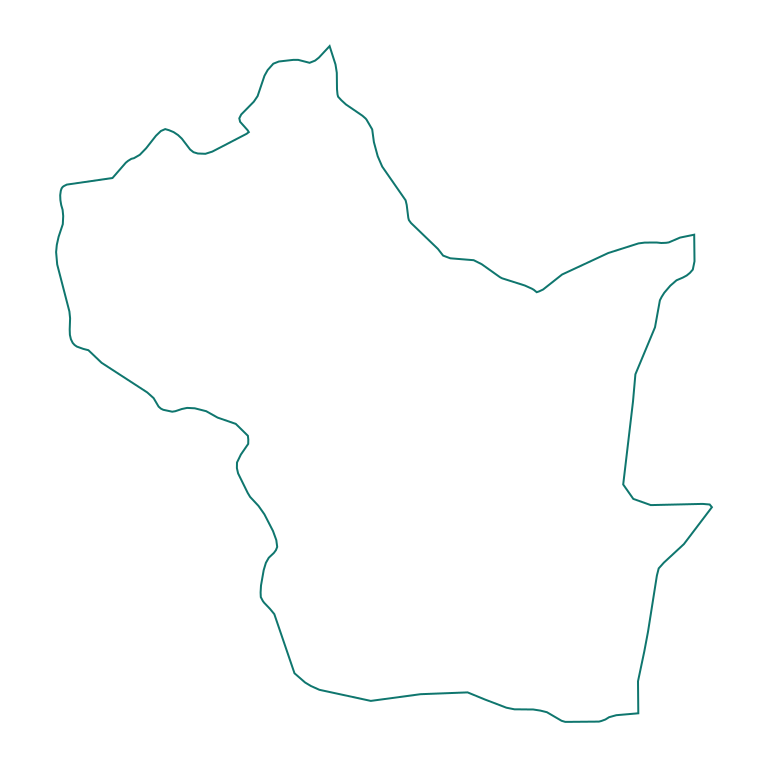 an SVG outline of Kâmpóng Spœ
{"feature_id": "KHM-1787", "entity_name": "Kâmpóng Spœ", "entity_type": "Province", "adm_level": 1, "iso_a3": "KHM", "parent_name": "Cambodia", "parent_adm1": "", "projection": "albers", "projection_center": [104.227, 11.598], "detail": "fine", "context": "isolated", "style": "outline", "palette": "teal", "viewbox_px": 768, "rotation_deg": 0, "n_neighbors": 0, "source": "natural_earth", "source_scale": "10m", "svg_char_len": 2390}
<svg xmlns="http://www.w3.org/2000/svg" viewBox="0 0 768 768"><path d="M172.2,411.7L163.3,409.8L161.0,408.7L158.6,406.6L153.6,398.1L147.2,392.4L101.6,362.8L88.4,350.2L83.3,348.9L76.9,346.6L74.6,345.0L72.7,342.9L70.9,339.2L69.9,334.9L69.7,329.5L70.1,318.3L69.4,311.5L57.2,264.5L56.1,252.1L56.8,244.9L58.6,236.8L62.8,224.2L63.2,216.0L62.6,209.8L61.2,205.0L60.4,200.1L60.2,195.2L60.8,190.8L61.6,188.4L62.7,186.9L64.0,186.0L66.8,184.6L112.5,178.0L125.8,162.7L128.0,160.9L131.4,158.8L133.9,158.2L139.8,154.8L146.1,148.3L156.0,135.7L160.9,131.0L165.2,129.1L169.0,130.2L173.6,132.1L178.1,135.1L181.8,138.6L190.1,149.5L193.5,152.2L197.8,153.5L205.4,153.8L212.3,151.6L246.6,133.8L248.8,132.1L247.6,130.2L240.1,121.8L239.3,118.3L241.2,114.5L253.8,101.7L257.6,96.1L264.5,75.7L267.7,70.0L273.3,63.7L278.9,61.5L293.0,59.9L298.3,59.9L309.6,62.8L315.1,60.6L318.9,57.6L329.6,46.1L335.5,64.5L336.8,72.8L337.0,89.2L337.5,94.4L338.1,96.7L341.2,100.1L346.0,104.5L362.4,115.7L365.6,118.5L366.5,119.6L372.2,129.4L373.9,142.1L377.7,156.2L382.2,166.6L405.6,200.3L406.7,204.9L408.3,217.8L408.9,220.1L411.0,223.0L437.9,248.9L443.1,255.6L450.3,258.3L473.7,260.2L481.7,264.2L500.0,277.2L502.1,278.3L524.8,285.5L531.9,288.7L533.8,289.8L536.7,292.2L539.1,291.4L543.1,289.5L562.1,274.5L608.3,253.0L638.5,243.4L644.7,242.6L656.5,242.5L661.3,243.0L666.1,242.8L668.8,242.4L680.0,237.6L694.2,234.7L694.5,261.3L692.8,269.6L689.9,272.9L686.7,275.5L682.8,277.6L676.5,280.3L670.3,285.7L664.3,292.7L661.7,296.8L659.9,300.3L655.0,327.3L635.4,374.3L633.0,401.5L623.2,484.5L633.3,498.9L650.8,505.1L702.6,503.9L709.7,504.5L711.9,507.2L683.9,544.1L663.9,562.6L658.7,568.4L656.9,575.5L648.0,631.8L644.3,651.4L638.0,681.3L638.3,713.3L616.3,715.2L609.1,717.2L605.4,719.5L601.3,721.0L598.9,721.6L565.3,721.9L561.6,720.8L546.9,712.2L540.4,710.6L533.3,709.5L514.4,709.3L506.4,707.7L484.9,699.5L467.6,692.4L420.5,694.2L370.8,700.9L319.4,689.8L310.9,686.0L305.1,682.5L294.5,673.3L274.3,614.1L270.0,608.9L264.2,602.8L262.9,601.1L260.8,597.1L260.6,592.5L261.0,585.5L263.7,570.1L265.9,562.8L268.8,557.7L273.8,553.0L275.9,550.2L277.2,546.9L276.3,540.1L273.0,531.0L264.4,514.3L258.5,505.9L250.1,496.9L247.7,492.9L238.1,473.4L236.9,468.1L237.0,462.5L240.9,454.5L248.2,443.9L248.3,439.6L247.9,435.8L235.8,423.9L217.6,417.6L206.2,411.2L194.8,408.3L187.1,407.9L181.9,409.0L175.3,411.2L172.2,411.7Z" fill="none" stroke="#0f766e" stroke-width="2"/></svg>